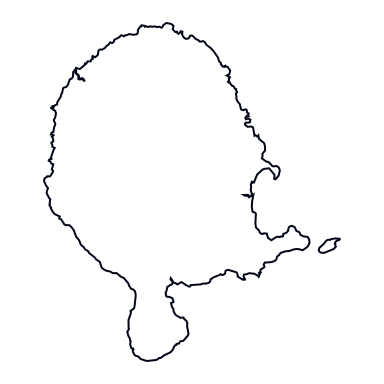 Vanua Lava, Torba, Vanuatu (Mercator projection)
{"feature_id": "77236927B4251587034950", "entity_name": "Vanua Lava", "entity_type": "district", "adm_level": 2, "iso_a3": "VUT", "parent_name": "Vanuatu", "parent_adm1": "Torba", "projection": "mercator", "projection_center": [167.507, -13.839], "detail": "fine", "context": "isolated", "style": "outline", "palette": "ink", "viewbox_px": 384, "rotation_deg": 0, "n_neighbors": 0, "source": "geoboundaries", "source_scale": "gbopen_adm2", "svg_char_len": 5860}
<svg xmlns="http://www.w3.org/2000/svg" viewBox="0 0 384 384"><path d="M79.9,69.0L76.1,68.1L76.2,73.4L78.1,74.6L78.9,75.9L79.2,78.8L81.7,78.2L83.1,78.5L84.9,81.4L83.1,80.0L82.6,79.0L79.6,79.5L78.4,79.0L78.3,75.9L75.5,73.0L75.5,69.0L73.2,72.0L73.0,76.6L71.8,78.4L69.7,79.5L68.0,84.7L66.2,87.0L63.8,87.6L63.0,88.5L62.2,92.7L61.2,94.4L60.7,96.8L57.2,102.4L57.1,104.5L55.2,105.1L54.1,106.2L52.7,106.0L52.4,106.5L53.0,107.2L51.1,107.7L51.4,108.5L53.4,109.0L53.3,109.8L55.1,110.8L56.0,113.1L55.4,116.8L53.8,120.2L55.3,123.9L55.2,124.9L54.2,126.9L53.4,131.9L51.6,132.7L50.9,134.5L53.2,134.8L53.6,135.2L51.9,136.8L52.6,137.3L53.4,141.3L51.5,142.5L51.4,143.2L52.4,145.2L52.3,146.7L54.7,148.0L53.6,149.8L51.4,156.2L51.0,157.7L51.5,158.8L49.6,159.3L48.7,160.3L48.7,160.9L50.3,161.3L51.2,163.5L53.3,164.3L51.8,169.5L52.8,170.4L53.1,171.4L50.8,175.5L49.8,176.4L47.1,176.3L46.7,177.1L44.8,178.1L44.1,179.9L44.1,181.3L45.9,185.2L48.0,188.2L46.9,191.1L46.7,193.4L49.2,198.1L50.3,199.3L49.6,203.3L49.9,204.2L49.4,205.2L51.0,207.5L50.7,208.0L52.7,211.7L54.8,214.2L59.8,216.5L59.2,218.2L59.5,218.8L61.2,219.4L64.2,224.2L65.6,225.1L69.4,225.2L71.2,226.8L73.6,229.9L76.3,236.9L79.1,240.3L80.9,244.8L84.0,247.5L84.9,249.2L88.2,251.2L89.0,252.9L95.0,257.7L96.0,259.3L99.8,261.9L101.5,267.3L102.4,268.4L105.5,270.4L110.6,271.7L112.6,273.1L116.6,273.1L121.1,276.8L123.9,278.0L128.3,283.4L129.3,286.1L131.2,288.9L133.3,289.5L134.7,290.9L135.5,293.2L135.7,295.9L134.5,306.8L134.0,308.4L130.5,311.0L130.9,311.8L130.6,314.1L128.5,320.0L128.6,328.0L129.0,329.0L127.3,331.8L128.3,335.8L129.9,338.6L130.0,340.4L130.7,341.5L130.1,344.0L131.2,348.1L132.3,348.7L132.9,348.4L133.5,349.4L132.8,350.7L132.9,351.8L134.8,355.3L138.7,356.8L140.6,359.0L146.9,361.0L156.0,360.0L158.3,358.9L159.0,358.0L160.8,357.9L164.0,355.4L170.5,352.3L172.7,349.9L174.7,345.6L176.3,345.0L176.3,344.2L177.4,343.6L178.9,343.6L180.3,341.3L183.2,340.9L188.1,335.3L188.5,333.6L187.1,326.3L187.3,323.0L186.3,320.7L184.1,318.9L183.5,317.5L180.5,317.8L176.3,315.4L174.9,313.9L173.6,311.2L173.4,308.9L172.1,307.3L171.0,303.1L173.5,302.0L172.5,298.3L169.5,296.9L167.1,296.8L166.1,295.9L165.6,292.8L166.6,290.6L167.3,286.8L168.9,286.2L169.6,285.2L171.9,284.4L172.7,282.9L172.0,281.0L170.5,279.5L170.8,278.2L173.9,282.8L175.7,283.2L177.2,284.4L181.6,282.1L186.0,285.1L189.3,286.7L190.2,286.3L190.7,285.1L200.6,284.4L203.6,283.5L206.5,283.5L208.7,282.8L210.0,281.7L210.7,279.1L211.8,278.7L212.9,277.6L219.5,275.0L220.4,274.2L222.4,275.0L223.3,274.8L224.9,273.8L225.6,271.0L226.2,270.4L228.2,269.8L236.6,272.4L237.4,273.8L237.8,276.6L243.0,279.8L245.0,279.6L245.1,279.2L243.7,278.4L244.2,277.8L243.5,275.9L244.1,274.5L246.0,274.4L249.2,273.2L254.2,273.7L257.7,275.5L258.7,276.8L259.8,274.5L258.9,273.0L259.2,272.7L259.9,273.3L260.9,272.3L260.3,271.2L260.6,269.6L264.2,267.3L264.5,266.6L263.6,264.6L264.8,262.6L271.6,262.1L274.8,260.9L276.4,259.3L277.1,256.5L279.2,255.0L280.0,253.6L280.7,252.9L285.1,251.4L289.8,250.9L293.0,249.6L296.0,249.0L298.5,249.1L302.7,250.2L307.1,247.1L308.7,245.0L309.5,242.7L309.2,239.6L307.7,237.0L303.2,236.3L300.2,234.6L299.8,232.8L298.9,231.9L296.5,231.1L294.8,227.3L292.0,225.8L290.4,226.2L288.8,227.3L287.9,231.1L286.6,232.6L283.2,234.0L283.0,236.2L282.5,236.6L280.7,236.5L279.5,237.1L277.7,236.7L276.0,237.2L271.4,240.2L268.0,237.9L266.8,233.6L263.9,233.3L262.7,234.0L261.1,233.7L259.8,232.5L259.0,230.5L255.9,227.4L255.4,223.0L255.9,214.1L255.4,212.9L252.6,211.7L251.8,206.9L252.1,201.7L253.3,195.1L252.3,196.1L250.7,196.0L249.1,197.3L247.8,195.8L244.9,195.7L243.8,195.0L247.9,194.9L249.5,196.3L252.0,195.1L252.2,194.3L250.7,190.5L251.2,186.9L250.8,184.7L251.2,183.5L252.4,182.8L251.2,181.4L253.9,182.5L257.2,174.5L262.6,169.5L264.6,168.8L269.1,168.3L274.5,174.8L274.3,179.0L275.5,179.3L278.6,175.7L279.8,170.6L279.6,169.4L278.8,167.7L277.5,166.6L276.6,166.0L273.4,166.4L272.4,166.1L268.9,162.3L265.9,161.3L261.9,158.4L262.5,156.6L262.4,153.8L265.1,150.5L265.0,146.6L264.2,143.2L259.0,138.9L258.4,135.4L257.4,136.6L255.3,135.1L254.5,135.7L253.1,127.6L251.6,126.5L247.6,126.8L245.2,124.9L244.9,124.1L245.5,122.8L249.8,122.4L250.4,119.7L247.9,118.5L246.1,119.3L245.6,118.5L245.3,117.8L246.3,116.4L248.6,116.3L247.8,115.2L248.4,114.9L248.7,113.5L247.1,112.4L246.5,109.6L244.8,109.5L243.2,110.2L241.5,109.7L240.9,109.0L239.8,104.2L237.3,101.1L236.3,98.5L236.5,96.5L235.8,93.8L237.1,92.1L236.1,90.5L236.1,89.1L235.0,88.8L233.7,86.4L232.3,85.9L230.4,83.8L230.1,82.7L229.0,82.7L228.0,81.8L229.1,80.5L228.7,78.7L229.9,77.2L226.8,75.5L229.3,74.2L230.1,71.1L230.0,70.2L227.6,66.9L225.5,66.2L224.4,67.5L224.7,66.0L223.3,66.7L222.4,66.3L221.0,64.4L220.7,62.6L219.4,61.7L217.6,56.9L213.4,51.0L210.8,48.1L206.4,44.8L204.6,41.9L202.7,41.1L201.0,41.7L199.7,41.5L198.0,39.9L196.1,39.3L192.6,35.8L191.7,35.5L190.2,35.7L189.0,37.9L188.0,38.6L185.9,38.8L184.8,38.3L183.2,36.7L181.7,33.4L182.3,33.0L182.4,31.6L180.9,31.2L178.6,33.8L177.3,33.0L177.0,31.7L175.5,32.0L174.8,31.6L172.8,29.3L173.5,25.9L171.2,23.9L166.4,23.0L163.3,25.1L162.2,27.3L161.4,27.7L159.4,26.7L156.7,27.1L155.0,26.3L152.2,26.8L150.0,26.3L148.4,27.0L145.8,26.3L144.9,26.7L144.5,25.8L141.5,25.3L140.8,26.8L139.9,26.8L138.0,29.9L137.7,33.1L136.7,34.3L133.7,34.8L129.2,34.1L126.3,35.3L125.4,35.2L123.9,36.4L122.3,35.4L120.9,35.4L119.2,37.3L114.3,39.8L113.7,42.0L112.6,42.8L112.0,43.1L110.2,42.3L108.1,45.1L106.6,45.8L105.5,47.4L103.6,48.8L102.1,49.6L100.0,49.5L98.9,50.1L98.1,52.0L98.2,53.8L97.5,55.3L95.2,57.2L92.6,56.0L92.2,56.7L92.9,58.8L91.3,59.5L90.9,60.9L90.4,61.4L87.6,61.4L86.4,63.4L85.1,63.3L84.9,63.7L85.4,64.3L79.9,69.0ZM339.1,240.0L339.9,239.1L339.7,238.8L335.3,238.4L331.0,239.2L330.2,239.9L328.2,239.7L326.2,240.7L323.8,243.9L319.5,247.7L318.8,249.5L319.1,251.3L320.7,252.6L324.0,252.9L333.7,249.0L335.9,246.6L335.2,245.3L335.4,244.1L334.8,243.7L335.3,242.1L336.8,240.8L339.1,240.0Z" fill="none" stroke="#020617" stroke-width="2"/></svg>